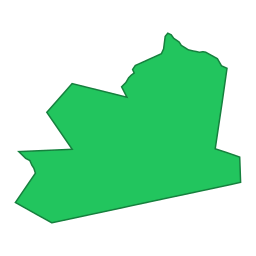 Curralinhos, Piauí, Brazil (orthographic projection)
{"feature_id": "56859067B11592620303121", "entity_name": "Curralinhos", "entity_type": "district", "adm_level": 2, "iso_a3": "BRA", "parent_name": "Brazil", "parent_adm1": "Piauí", "projection": "orthographic", "projection_center": [-42.84, -5.603], "detail": "fine", "context": "isolated", "style": "filled", "palette": "green", "viewbox_px": 256, "rotation_deg": 0, "n_neighbors": 0, "source": "geoboundaries", "source_scale": "gbopen_adm2", "svg_char_len": 725}
<svg xmlns="http://www.w3.org/2000/svg" viewBox="0 0 256 256"><path d="M227.0,68.3L221.5,65.8L217.4,58.7L205.7,52.2L202.9,51.7L199.4,52.3L196.2,51.5L193.3,51.0L188.3,49.8L181.3,45.4L179.1,42.0L173.7,38.3L171.2,34.8L167.8,33.2L165.2,36.4L163.6,48.9L161.4,53.7L135.3,65.5L132.6,69.5L134.2,73.0L131.3,75.1L128.7,77.7L125.9,82.5L121.6,86.8L126.9,97.2L121.9,96.0L72.1,83.6L56.9,100.9L46.8,112.3L65.2,139.1L72.2,149.3L18.8,151.6L25.7,158.4L29.8,160.5L31.9,165.2L33.9,168.3L35.4,173.2L15.4,202.5L37.5,214.9L51.8,222.8L88.6,214.9L124.7,207.2L130.5,205.9L166.0,198.3L196.7,191.8L232.7,184.1L235.8,183.4L240.6,182.3L239.7,157.1L226.9,152.6L215.2,148.8L222.2,102.0L227.0,68.3Z" fill="#22c55e" stroke="#15803d" stroke-width="1.5"/></svg>